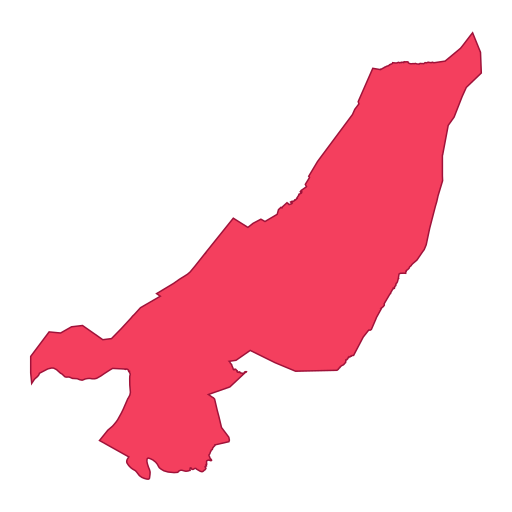 Nord-Fron nor, Oppland, Norway (Mercator projection)
{"feature_id": "86288312B59851098510460", "entity_name": "Nord-Fron nor", "entity_type": "district", "adm_level": 2, "iso_a3": "NOR", "parent_name": "Norway", "parent_adm1": "Oppland", "projection": "mercator", "projection_center": [9.499, 61.604], "detail": "fine", "context": "isolated", "style": "filled", "palette": "rose", "viewbox_px": 512, "rotation_deg": 0, "n_neighbors": 0, "source": "geoboundaries", "source_scale": "gbopen_adm2", "svg_char_len": 5888}
<svg xmlns="http://www.w3.org/2000/svg" viewBox="0 0 512 512"><path d="M99.5,440.5L128.8,456.9L127.4,459.1L126.9,460.2L126.8,460.9L126.7,461.6L126.9,462.8L128.4,465.1L129.3,466.2L130.9,467.8L132.5,469.0L135.4,470.7L136.6,472.0L139.3,475.5L139.9,476.0L141.9,477.4L144.3,478.4L146.5,479.0L148.2,479.2L149.0,478.9L149.5,478.2L150.0,474.4L150.1,472.1L149.9,471.2L149.5,469.7L148.6,467.5L147.6,464.5L147.2,462.9L146.9,461.3L147.0,459.5L147.2,458.8L147.6,458.3L148.2,458.1L148.6,458.1L150.3,458.7L152.8,459.9L155.6,462.1L157.4,464.3L158.6,466.6L159.3,467.7L161.0,469.1L163.9,470.8L168.0,472.0L174.1,472.6L176.9,472.4L177.7,472.3L178.5,471.6L178.6,471.3L179.5,470.7L180.4,470.3L181.7,470.2L185.4,471.2L186.6,471.2L188.4,470.9L189.4,470.5L190.1,470.4L190.1,470.2L189.9,469.7L190.1,469.0L190.1,468.2L190.3,467.9L190.7,467.9L191.4,468.2L191.7,469.1L192.1,469.4L193.1,469.4L194.9,468.4L195.7,468.4L196.0,468.5L196.5,469.1L197.2,469.5L200.3,471.3L201.8,471.7L202.6,471.6L203.5,471.0L204.0,470.4L205.0,469.8L205.4,469.1L205.6,469.0L205.9,468.5L205.9,468.1L205.2,467.2L205.1,466.7L205.5,466.2L206.1,465.8L206.4,465.9L206.4,465.3L206.0,464.5L206.1,464.3L206.7,464.2L206.7,463.9L206.5,462.0L206.6,461.2L206.7,460.9L207.5,460.4L208.9,460.0L209.5,460.4L210.2,460.2L210.7,460.7L211.3,460.6L211.5,460.4L211.6,460.2L211.2,459.7L211.1,459.3L210.4,458.8L209.8,457.7L209.8,457.3L209.1,455.8L208.9,455.1L209.2,454.6L209.8,453.8L210.4,452.0L210.9,451.2L211.1,450.5L211.3,450.1L212.3,449.5L212.5,448.9L212.6,448.2L213.9,446.5L214.8,445.7L215.0,445.4L214.9,444.9L228.9,441.7L229.4,440.1L228.8,437.2L221.5,427.5L218.9,416.6L217.2,410.2L214.6,399.1L213.3,397.7L212.6,397.4L208.4,394.5L229.9,386.9L245.7,372.1L246.2,372.1L246.4,371.7L245.9,371.6L244.6,372.0L243.9,373.0L242.9,373.9L242.7,373.8L242.3,373.2L240.4,372.9L240.0,372.5L240.0,372.2L239.3,371.8L239.0,371.8L238.6,372.3L237.6,372.2L237.0,371.6L237.2,371.2L237.2,370.7L236.4,370.3L236.0,369.6L235.7,369.3L235.0,369.1L234.7,369.2L234.1,369.8L233.5,369.6L233.2,369.1L233.1,368.8L233.1,368.4L231.8,365.4L231.7,364.7L230.3,363.0L229.7,361.8L229.2,361.3L236.0,360.3L250.2,350.4L275.1,362.7L295.5,371.2L336.5,370.3L337.3,370.1L337.6,369.9L337.9,369.6L337.9,369.4L338.3,369.3L338.5,369.1L338.8,368.5L339.1,368.3L339.3,367.8L340.0,367.5L340.2,366.7L340.6,366.6L341.4,365.8L343.5,364.8L343.8,364.3L344.1,364.2L345.1,362.9L345.6,362.6L345.9,360.0L346.2,360.1L346.9,359.7L347.3,359.2L347.3,358.9L347.7,358.8L348.3,357.4L348.7,357.5L349.0,356.8L349.3,357.0L349.8,356.8L350.0,356.9L350.7,356.1L351.4,356.2L351.8,355.6L353.6,355.4L363.2,337.1L368.7,330.1L370.4,330.1L371.4,329.4L375.9,319.0L376.4,317.6L381.8,307.8L381.7,307.8L383.3,306.6L384.3,305.2L384.3,304.5L384.2,303.7L389.9,294.0L390.5,293.6L390.7,293.2L390.6,292.9L392.8,289.0L393.4,288.8L393.6,288.6L393.5,288.1L394.4,288.3L394.5,288.1L394.7,286.5L395.7,285.7L395.9,285.1L395.8,284.7L395.8,284.3L396.0,284.2L396.3,283.2L396.7,283.1L397.4,281.9L398.3,278.5L398.6,278.4L398.5,278.1L398.4,278.0L399.0,274.1L399.8,273.5L400.8,273.3L404.0,273.2L405.7,273.3L405.9,271.3L406.3,271.2L406.4,270.5L407.8,269.5L409.1,268.2L409.6,266.9L411.2,265.6L411.7,264.7L412.9,263.5L416.9,260.1L422.5,251.9L424.2,249.6L426.2,244.8L429.7,228.2L435.4,206.2L436.7,201.8L438.1,195.6L442.6,180.7L442.4,176.0L442.4,155.3L442.5,155.3L442.7,154.6L448.2,125.4L454.1,117.1L462.2,96.4L466.3,87.4L481.3,73.0L480.5,52.3L472.6,32.8L470.5,35.4L462.3,46.1L460.5,48.3L445.1,61.1L434.3,62.7L433.9,62.6L433.7,62.7L433.0,62.6L432.9,62.4L432.4,62.2L432.0,62.3L431.2,62.7L429.2,62.4L428.9,62.5L428.4,62.2L428.1,62.2L426.4,62.9L425.1,62.6L423.7,63.7L421.9,63.5L421.3,63.6L420.2,63.4L419.9,63.5L419.0,64.2L418.8,64.0L417.1,64.0L415.2,63.4L414.6,63.7L412.9,63.6L411.4,63.8L410.3,63.7L409.0,63.3L408.2,62.6L408.2,62.3L408.1,62.0L407.5,61.8L405.6,61.8L405.1,62.0L404.3,61.7L403.7,62.0L403.6,62.5L403.1,62.3L402.0,62.3L401.6,62.5L401.4,62.3L400.9,62.6L400.1,62.5L399.6,62.8L398.4,62.3L397.0,62.9L395.8,63.0L392.7,62.7L392.7,63.0L392.4,63.4L391.9,63.8L391.0,64.2L390.6,64.2L390.3,64.6L389.7,64.6L388.7,65.6L388.2,65.8L386.5,66.3L385.4,67.0L384.5,67.2L384.0,67.7L382.4,68.5L381.0,69.4L380.5,69.2L380.3,69.6L372.8,68.3L358.2,101.6L358.9,103.9L354.8,109.3L352.5,114.5L317.6,161.4L308.7,176.3L309.3,177.0L309.5,177.5L305.3,184.4L306.5,186.7L301.1,190.5L301.8,191.6L301.8,192.2L301.5,192.5L301.2,192.7L300.2,191.6L299.9,191.1L301.2,193.2L298.9,194.3L299.1,194.7L296.9,198.0L297.2,198.3L295.6,199.7L295.5,200.0L295.0,200.2L294.6,200.0L294.2,200.8L292.6,201.7L292.1,201.2L290.6,202.0L291.3,202.7L292.1,203.2L291.7,203.7L289.1,204.6L288.9,204.5L288.7,204.1L288.0,203.4L287.8,203.5L287.0,202.7L282.5,206.8L281.9,207.9L281.0,207.3L278.5,209.6L277.2,214.3L265.0,221.5L260.9,219.2L253.1,223.3L247.9,227.4L233.3,218.2L205.6,252.7L205.8,252.8L205.3,253.6L204.9,253.6L195.0,266.1L190.1,272.0L187.4,274.3L179.4,279.3L173.6,283.4L156.6,293.6L160.3,296.2L140.5,307.7L134.2,314.6L132.7,316.0L130.8,318.3L121.4,328.5L111.5,338.6L102.8,339.7L82.5,325.5L71.5,326.8L60.6,333.0L49.1,331.9L30.7,356.4L30.7,373.0L31.7,383.4L33.8,380.2L34.5,379.2L35.4,378.3L36.8,377.2L38.5,375.4L39.2,374.0L39.4,373.3L47.8,368.9L51.6,368.0L53.6,368.1L56.5,369.6L60.5,373.2L62.0,374.0L64.8,376.7L66.1,377.1L68.6,377.0L69.7,377.2L72.4,378.4L77.3,378.7L79.7,379.7L81.7,380.1L82.5,380.1L85.5,378.9L87.9,378.5L89.8,378.4L92.2,378.8L94.6,378.8L96.7,378.3L101.1,375.8L104.1,373.7L110.0,369.9L112.6,368.4L124.3,369.0L124.6,369.2L125.1,369.0L125.5,369.4L125.9,369.3L126.0,369.1L126.6,369.0L127.7,369.4L127.9,369.6L128.0,369.8L128.3,369.9L128.4,370.1L128.4,370.6L128.7,371.3L129.2,371.1L129.4,371.2L129.1,371.5L129.4,372.0L129.5,372.6L130.0,373.3L130.1,373.8L130.2,374.7L129.8,376.1L129.7,378.9L129.8,385.0L130.4,392.3L130.0,394.5L129.7,395.4L128.3,398.0L127.8,398.7L123.2,409.3L121.5,412.8L117.7,419.7L116.3,421.7L114.1,424.4L112.5,426.2L107.8,430.2L99.5,440.5Z" fill="#f43f5e" stroke="#9f1239" stroke-width="1.5"/></svg>